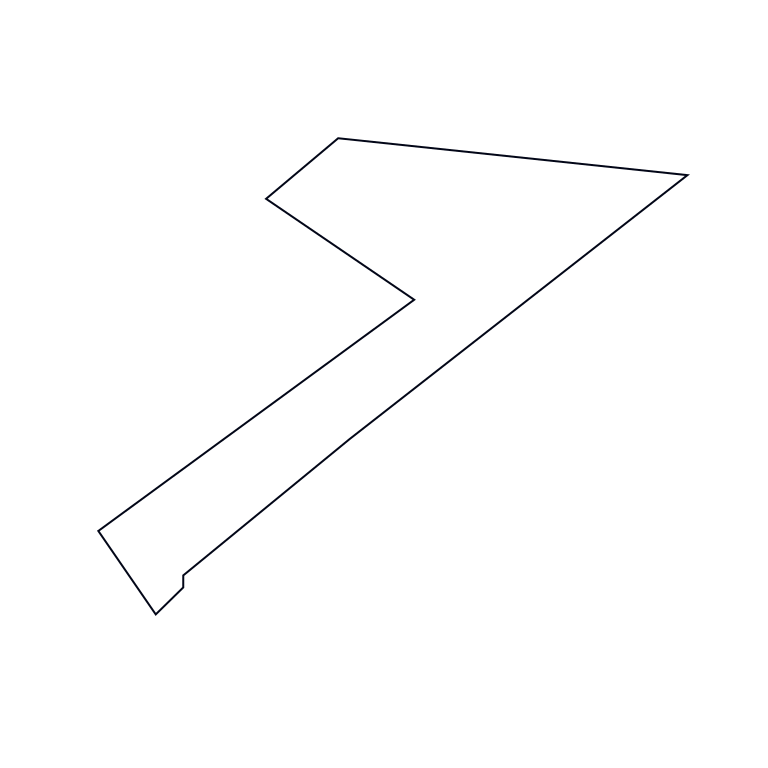 outline of Manassas Park, Virginia, United States of America, rotated 286°
{"feature_id": "52423323B92957530316980", "entity_name": "Manassas Park", "entity_type": "district", "adm_level": 2, "iso_a3": "USA", "parent_name": "United States of America", "parent_adm1": "Virginia", "projection": "robinson", "projection_center": [-77.456, 38.771], "detail": "fine", "context": "isolated", "style": "outline", "palette": "ink", "viewbox_px": 768, "rotation_deg": 286, "n_neighbors": 0, "source": "geoboundaries", "source_scale": "gbopen_adm2", "svg_char_len": 285}
<svg xmlns="http://www.w3.org/2000/svg" viewBox="0 0 768 768"><g transform="rotate(286 384 384)"><path d="M321.7,366.2L668.4,618.1L607.6,272.2L529.5,219.6L473.3,389.8L164.0,149.9L99.6,228.1L133.1,247.1L144.7,243.8L321.7,366.2Z" fill="none" stroke="#020617" stroke-width="2"/></g></svg>